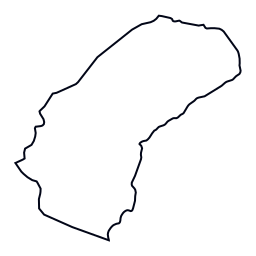 outline of Grand Cape Mount
{"feature_id": "LBR-786", "entity_name": "Grand Cape Mount", "entity_type": "County", "adm_level": 1, "iso_a3": "LBR", "parent_name": "Liberia", "parent_adm1": "", "projection": "albers", "projection_center": [-10.956, 7.068], "detail": "fine", "context": "isolated", "style": "outline", "palette": "ink", "viewbox_px": 256, "rotation_deg": 0, "n_neighbors": 0, "source": "natural_earth", "source_scale": "10m", "svg_char_len": 2058}
<svg xmlns="http://www.w3.org/2000/svg" viewBox="0 0 256 256"><path d="M15.4,163.0L22.8,159.6L24.6,158.5L24.1,152.6L25.1,148.6L31.5,144.9L33.8,141.0L35.2,136.5L35.7,133.0L34.9,128.2L35.7,126.7L40.8,126.1L42.5,125.5L43.8,124.2L44.2,122.1L43.5,119.2L40.1,113.7L39.5,111.3L40.3,110.4L44.5,106.4L52.7,93.6L56.6,92.8L75.9,84.1L78.0,82.2L93.2,62.6L97.4,57.2L132.1,29.6L141.7,24.2L150.6,22.2L153.7,20.8L156.3,18.8L158.8,15.7L161.9,16.1L170.3,18.0L171.1,18.4L172.1,19.1L172.8,20.8L173.5,21.2L174.2,21.4L175.6,21.4L178.9,20.7L179.5,20.7L180.0,21.0L182.0,22.5L198.8,25.6L200.1,25.3L203.5,24.8L205.5,27.9L206.9,28.5L210.9,28.2L214.6,28.2L219.3,28.7L221.6,29.8L223.7,31.5L237.4,50.5L238.0,51.6L238.7,53.8L239.6,58.7L239.7,63.3L239.5,65.4L240.6,70.7L240.3,72.4L239.4,74.0L236.2,76.1L234.6,77.7L233.8,78.6L233.0,79.4L232.0,80.0L227.0,81.6L226.0,82.1L225.0,82.8L221.6,85.8L204.6,96.3L199.0,97.5L197.7,97.9L196.7,98.4L195.8,99.2L195.1,100.0L194.2,100.9L189.5,104.2L188.5,105.2L187.6,106.4L183.9,112.6L183.5,113.2L182.7,113.8L180.7,114.8L179.0,116.4L178.2,117.2L177.3,117.8L176.3,118.2L174.0,118.1L172.8,118.4L168.6,120.8L167.5,121.6L165.6,123.9L164.7,124.7L163.5,125.3L159.8,126.5L158.7,127.0L157.9,127.8L156.4,129.4L155.6,130.0L154.3,130.6L152.1,133.4L149.5,137.5L147.9,139.3L146.4,140.5L143.3,141.1L141.8,141.7L140.2,142.8L139.5,143.9L139.5,144.1L141.2,145.7L142.1,148.3L141.0,152.8L140.9,154.9L141.3,157.3L141.0,159.2L135.0,175.9L131.8,182.6L131.7,184.4L132.0,185.7L134.4,188.4L135.2,189.7L135.8,192.5L135.2,196.1L135.0,200.8L133.1,208.2L132.5,209.8L132.2,210.3L131.6,210.9L130.7,211.1L128.8,210.4L127.7,210.2L126.9,210.3L126.1,210.6L125.2,211.1L124.0,212.0L122.9,213.2L121.3,215.7L120.6,217.9L120.3,220.8L119.8,222.4L118.9,223.3L116.4,223.8L114.1,224.8L113.1,225.4L111.9,226.5L110.7,227.9L108.8,230.7L108.1,232.6L107.8,234.4L108.2,237.4L108.9,240.2L108.9,240.3L72.3,227.1L44.1,214.6L39.1,208.5L38.9,199.1L40.2,193.9L40.5,191.7L40.6,188.6L37.4,182.6L36.6,181.4L32.2,180.1L27.5,177.2L23.6,173.9L21.3,171.6L15.4,163.0Z" fill="none" stroke="#020617" stroke-width="2"/></svg>